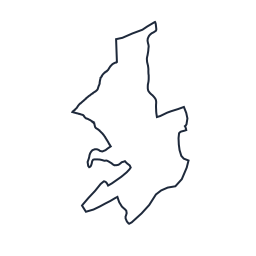 outline of Babonneau Proper, Castries, Saint Lucia, rotated 326°
{"feature_id": "8701671B49626021137525", "entity_name": "Babonneau Proper", "entity_type": "district", "adm_level": 2, "iso_a3": "LCA", "parent_name": "Saint Lucia", "parent_adm1": "Castries", "projection": "mercator", "projection_center": [-60.946, 14.006], "detail": "fine", "context": "isolated", "style": "outline", "palette": "slate", "viewbox_px": 256, "rotation_deg": 326, "n_neighbors": 0, "source": "geoboundaries", "source_scale": "gbopen_adm2", "svg_char_len": 5700}
<svg xmlns="http://www.w3.org/2000/svg" viewBox="0 0 256 256"><g transform="rotate(326 128 128)"><path d="M167.8,47.7L155.7,67.1L155.4,67.1L155.0,67.2L154.7,66.9L154.3,66.8L154.0,66.8L153.5,66.6L153.1,66.6L152.9,66.5L152.6,66.5L152.2,66.5L151.5,66.4L150.8,66.4L149.6,66.6L149.3,66.7L149.0,66.8L148.1,66.9L147.7,67.1L147.1,67.3L146.7,67.5L145.9,67.8L145.5,68.0L144.9,68.3L144.6,68.4L144.0,68.7L143.6,68.8L143.3,68.8L142.9,68.8L142.7,68.9L142.4,69.0L142.1,69.1L141.8,68.9L141.4,68.9L140.9,69.1L140.5,69.0L140.3,68.9L139.9,69.1L139.5,69.0L139.3,69.1L139.0,69.1L138.7,69.2L138.0,69.3L137.7,69.4L137.2,69.5L136.9,69.6L135.8,70.0L135.5,70.1L135.4,70.3L135.2,70.3L135.0,70.5L134.7,70.7L134.3,70.8L133.3,71.0L132.9,71.6L132.6,71.8L132.4,72.0L132.0,72.3L131.8,72.6L131.4,72.8L131.1,73.3L130.5,73.8L130.2,74.1L130.1,74.3L130.0,74.5L129.7,74.7L129.6,74.9L129.4,75.1L129.3,75.4L128.1,76.2L127.9,76.4L127.4,76.6L126.8,77.1L126.1,77.6L125.8,77.9L125.5,78.1L124.5,78.9L124.0,79.1L123.5,79.2L123.3,79.3L122.7,79.3L121.9,79.5L121.6,79.5L121.2,79.4L120.8,79.5L120.4,79.4L119.4,79.4L119.2,79.4L118.7,79.4L118.4,79.4L118.1,79.6L117.8,79.5L117.4,79.5L117.1,79.5L116.7,79.5L116.2,79.5L115.9,79.5L115.6,79.5L115.2,79.6L114.7,79.7L113.8,79.6L113.1,79.6L112.5,79.7L112.0,79.8L111.4,79.8L111.1,79.9L110.3,79.8L109.7,80.1L109.3,80.2L108.6,80.2L108.0,80.3L107.5,80.4L107.0,80.4L106.3,80.6L105.7,80.6L105.2,80.6L104.8,80.7L104.2,80.8L103.2,80.9L102.4,81.1L101.9,81.0L101.7,80.9L101.3,81.1L100.6,81.2L100.0,81.4L99.7,81.5L98.7,81.8L98.4,82.0L97.3,82.4L96.4,82.8L96.1,82.8L95.2,82.9L94.8,83.0L94.3,83.1L93.9,83.3L93.6,83.2L92.5,83.3L92.2,83.4L91.8,83.4L91.3,83.4L90.8,83.7L91.1,84.0L91.3,84.2L91.7,84.7L91.9,85.0L92.3,85.4L92.6,85.7L92.7,85.9L93.0,86.2L93.5,86.8L93.9,87.3L94.2,87.5L94.5,87.9L94.8,88.2L94.9,88.5L95.4,89.0L95.7,89.2L95.9,89.6L96.2,89.8L96.4,90.2L96.9,90.8L97.6,91.6L98.1,92.4L98.1,92.8L98.2,93.1L98.1,93.5L98.2,93.9L98.1,94.7L98.2,95.2L98.4,95.7L98.5,96.2L98.7,96.8L99.0,97.0L99.3,97.3L99.4,97.6L99.6,97.8L99.8,98.1L100.0,98.4L100.3,99.0L100.4,99.3L100.6,99.6L100.7,99.8L100.9,100.0L101.2,100.7L101.7,101.9L102.6,103.7L102.4,103.7L102.2,103.7L102.3,103.9L102.3,104.3L102.3,105.0L102.6,105.4L102.5,105.6L102.4,105.8L102.1,106.6L101.9,107.0L101.7,107.7L101.4,108.4L101.3,108.8L101.3,109.5L101.4,110.2L101.5,110.4L101.7,111.0L101.9,111.3L102.0,111.5L102.3,112.1L102.4,112.3L102.4,112.7L102.5,112.9L102.8,113.7L103.0,114.0L102.9,114.5L103.1,115.2L103.3,116.1L103.3,116.5L103.6,117.6L103.7,118.3L103.8,118.5L103.7,119.0L103.8,119.2L103.8,119.7L103.9,119.9L103.9,120.5L103.9,120.8L103.9,121.1L103.9,121.4L103.9,121.6L103.9,122.2L104.0,122.5L103.9,122.9L103.9,123.1L103.8,123.8L103.9,124.1L103.8,125.0L103.8,125.5L103.7,125.7L103.8,126.3L103.8,126.8L103.7,127.1L103.7,127.4L103.7,127.6L103.7,128.2L103.7,128.4L103.7,128.6L103.6,128.9L103.6,129.5L103.5,129.9L103.5,130.1L103.4,130.5L103.5,130.7L103.5,131.4L103.4,131.7L103.5,131.9L103.4,132.5L103.4,133.6L99.7,133.6L97.0,133.8L93.6,133.1L92.0,131.4L91.4,129.7L90.3,128.2L88.7,127.1L86.1,126.5L84.2,127.0L82.5,127.8L80.9,129.0L79.8,130.2L78.3,131.5L75.5,133.6L73.8,137.2L73.9,138.8L74.4,138.9L75.3,138.9L76.3,138.5L78.0,137.2L78.8,136.4L79.6,135.6L80.5,135.1L81.4,134.8L82.5,135.2L85.3,137.1L86.9,138.3L88.5,140.0L89.9,141.7L90.3,142.1L91.8,142.8L92.4,143.5L93.1,144.7L94.2,147.1L94.7,148.1L94.9,149.1L95.2,149.9L95.5,150.6L96.0,151.4L96.3,151.5L97.5,152.3L99.6,153.2L102.1,153.1L103.2,152.9L103.8,152.9L105.9,153.6L106.9,153.8L107.0,154.7L107.4,156.8L108.5,160.0L108.1,162.3L106.0,163.1L102.1,164.0L95.2,164.7L83.7,164.9L79.3,164.6L79.6,162.2L79.4,160.5L78.7,159.2L78.1,158.7L74.0,159.1L65.6,161.7L56.3,163.8L47.6,166.2L46.5,166.6L46.3,173.9L53.8,176.3L60.7,177.3L66.9,177.9L72.6,178.6L78.0,178.9L80.7,179.2L79.9,182.0L79.2,184.7L79.1,187.4L79.0,189.7L79.5,191.8L80.1,194.0L80.3,195.6L79.3,197.8L79.1,198.0L77.3,199.5L76.4,200.1L75.4,201.7L74.8,204.9L75.1,207.5L75.4,208.0L78.3,208.3L91.5,206.4L102.5,203.7L114.0,198.7L120.6,198.3L127.6,199.6L134.7,202.8L144.0,200.5L154.5,193.7L160.0,188.8L157.1,184.6L156.6,180.9L158.4,175.1L160.9,170.1L164.2,164.7L167.4,160.9L168.7,160.6L169.9,160.6L173.0,161.7L175.1,162.3L175.2,162.0L175.6,161.2L175.9,160.1L176.1,159.4L176.2,158.8L176.2,158.3L177.3,158.2L178.6,157.6L182.6,153.3L184.7,148.1L186.1,141.8L180.1,140.3L173.1,138.2L169.1,137.2L161.4,136.1L158.1,135.1L159.8,131.5L160.6,130.1L160.9,129.5L161.1,129.3L161.3,129.0L162.2,127.5L163.2,125.9L164.2,124.5L164.4,124.2L164.9,123.6L165.7,122.5L166.0,122.1L166.1,121.8L166.4,121.2L166.6,120.9L166.9,119.9L167.0,119.2L167.0,118.9L167.0,117.8L166.9,116.7L166.7,115.3L166.6,114.6L166.4,114.0L166.1,113.0L166.0,112.6L165.9,111.9L165.8,111.5L165.7,111.2L165.7,110.8L165.7,110.5L165.6,109.5L165.6,108.8L165.7,108.4L165.9,107.6L166.5,106.3L166.7,106.0L167.1,105.4L167.5,104.8L168.1,104.0L168.5,103.4L169.3,102.6L169.8,102.1L170.4,101.5L170.9,101.0L171.4,100.4L172.3,99.3L173.2,98.0L173.8,97.1L174.6,95.9L175.0,95.1L175.1,94.8L175.7,93.8L176.7,92.2L177.7,90.8L178.2,89.9L178.9,88.6L179.0,88.3L179.5,87.4L179.7,86.7L180.1,85.7L180.6,84.3L180.9,83.7L181.1,83.3L181.3,83.0L181.8,82.1L182.2,81.4L182.4,81.1L183.0,80.4L183.5,79.9L184.2,79.2L184.8,78.7L186.9,76.5L187.9,75.4L188.3,74.9L189.4,73.5L189.9,72.9L190.2,72.6L190.7,72.0L190.9,71.7L191.0,71.4L191.4,70.7L191.6,70.1L192.0,68.9L192.9,66.8L193.1,66.5L193.2,66.3L194.0,65.4L194.2,65.1L194.6,64.8L196.0,63.9L196.9,63.4L197.9,63.1L198.7,62.9L199.8,62.8L200.5,62.7L202.0,62.9L202.7,63.0L203.4,63.0L204.9,63.0L205.5,63.0L205.8,62.8L206.1,62.6L206.6,62.1L206.8,61.8L208.7,58.2L209.0,57.6L209.2,57.2L209.7,55.5L209.7,55.2L209.1,55.1L200.7,54.6L194.9,54.6L184.6,52.1L173.8,50.1L167.8,47.7Z" fill="none" stroke="#1e293b" stroke-width="2"/></g></svg>